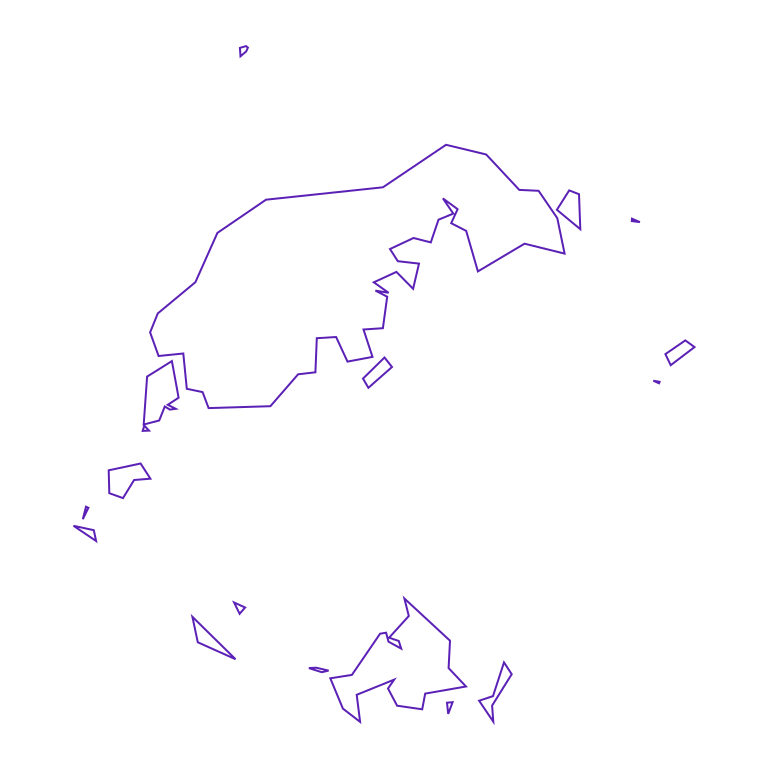 Mornington, Queensland, Australia (Mercator projection)
{"feature_id": "25037944B95382354250521", "entity_name": "Mornington", "entity_type": "district", "adm_level": 2, "iso_a3": "AUS", "parent_name": "Australia", "parent_adm1": "Queensland", "projection": "mercator", "projection_center": [139.442, -16.684], "detail": "medium", "context": "isolated", "style": "outline", "palette": "violet", "viewbox_px": 768, "rotation_deg": 0, "n_neighbors": 0, "source": "geoboundaries", "source_scale": "gbopen_adm2", "svg_char_len": 1930}
<svg xmlns="http://www.w3.org/2000/svg" viewBox="0 0 768 768"><path d="M183.3,353.5L186.8,388.8L202.6,392.1L208.6,408.1L270.4,406.2L298.1,374.3L315.4,372.3L316.8,338.2L336.1,337.0L347.5,361.6L372.5,356.9L363.5,329.5L382.9,328.2L387.2,296.7L375.4,290.6L388.6,292.8L373.8,282.3L396.4,271.9L413.1,288.8L419.0,263.6L397.8,261.2L390.0,249.0L413.5,238.0L430.8,242.4L438.5,219.7L453.3,213.6L442.9,198.4L457.6,209.2L451.2,223.2L466.2,230.9L477.9,271.4L524.5,243.7L564.6,253.6L557.3,218.2L538.6,190.8L519.3,189.9L486.2,154.5L446.0,144.8L382.9,187.3L266.0,199.7L217.4,232.9L195.4,282.2L157.8,313.4L150.1,332.4L158.6,356.0L183.3,353.5ZM397.1,705.7L422.2,709.3L425.2,693.6L466.0,686.5L448.6,668.1L450.0,640.7L404.4,598.5L408.8,616.0L389.1,637.7L398.8,641.0L401.2,648.6L388.5,641.7L386.1,632.7L380.1,633.7L351.9,674.9L330.3,678.3L342.9,708.6L360.1,721.9L356.7,694.8L394.2,679.6L388.0,688.5L397.1,705.7ZM178.6,397.7L171.9,361.1L147.1,376.6L143.7,424.5L159.2,420.5L164.8,406.5L169.9,409.6L175.7,408.8L167.8,404.8L178.6,397.7ZM140.6,463.5L108.7,470.3L109.3,493.2L123.0,498.1L134.1,480.0L150.4,478.7L140.6,463.5ZM556.9,209.8L580.3,229.2L579.0,194.2L569.2,190.4L556.9,209.8ZM479.1,700.7L493.3,721.7L492.1,705.6L511.7,674.2L504.0,662.4L493.0,696.1L479.1,700.7ZM235.5,659.2L192.4,616.8L197.8,642.3L235.5,659.2ZM384.5,357.5L363.0,378.6L368.4,387.8L392.0,367.0L384.5,357.5ZM685.3,340.4L665.4,354.1L670.7,365.2L694.5,347.1L685.3,340.4ZM93.8,530.2L73.5,525.8L96.1,541.0L93.8,530.2ZM234.1,602.5L239.6,613.8L245.1,607.5L234.1,602.5ZM82.8,519.2L88.4,507.8L86.0,506.7L82.8,519.2ZM447.0,702.7L448.2,713.9L452.6,702.2L447.0,702.7ZM328.6,670.6L316.1,667.7L308.9,668.1L321.8,672.2L328.6,670.6ZM149.0,430.6L144.3,425.6L142.7,430.9L149.0,430.6ZM246.0,46.1L239.9,47.9L240.5,56.3L246.2,51.4L247.9,47.6L246.0,46.1ZM653.3,380.7L659.0,383.3L659.6,381.8L653.3,380.7ZM631.8,221.1L639.9,222.1L632.0,218.7L631.8,221.1Z" fill="none" stroke="#5b21b6" stroke-width="2"/></svg>